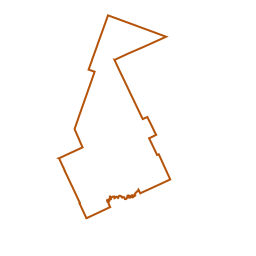 Libertad, Chaco, Argentina (orthographic projection), rotated 110°
{"feature_id": "61730980B99039131308999", "entity_name": "Libertad", "entity_type": "district", "adm_level": 2, "iso_a3": "ARG", "parent_name": "Argentina", "parent_adm1": "Chaco", "projection": "orthographic", "projection_center": [-59.148, -27.313], "detail": "fine", "context": "isolated", "style": "outline", "palette": "amber", "viewbox_px": 256, "rotation_deg": 110, "n_neighbors": 0, "source": "geoboundaries", "source_scale": "gbopen_adm2", "svg_char_len": 4855}
<svg xmlns="http://www.w3.org/2000/svg" viewBox="0 0 256 256"><g transform="rotate(110 128 128)"><path d="M86.6,185.0L86.6,184.9L86.6,184.7L86.6,184.3L86.6,184.0L86.6,183.8L86.6,183.3L86.6,182.6L86.6,181.4L86.6,180.2L86.5,178.8L86.5,178.6L93.9,178.5L101.2,178.4L105.7,178.4L110.1,178.3L113.0,178.3L116.0,178.3L119.0,178.2L122.1,178.2L122.7,178.2L124.0,178.2L124.9,178.2L128.6,178.1L130.8,178.1L133.9,178.1L136.8,178.0L138.4,178.0L141.3,177.9L145.9,177.9L146.6,177.9L147.3,177.8L148.1,177.1L148.9,176.3L155.3,170.2L157.5,168.2L161.7,164.1L161.9,164.3L162.4,164.7L163.2,165.6L164.1,166.4L164.1,166.5L165.3,167.6L166.3,168.7L167.5,169.8L168.6,171.0L168.9,171.2L169.8,172.2L170.9,173.3L172.0,174.4L173.1,175.5L173.6,176.0L174.2,176.7L175.5,177.9L176.1,178.5L177.2,179.6L177.8,180.2L178.4,180.8L179.6,182.0L180.0,182.5L180.0,182.4L181.2,181.3L182.4,180.1L182.5,180.0L183.5,179.0L184.6,177.9L185.8,176.7L187.0,175.5L187.0,175.4L187.6,174.8L188.0,174.5L188.2,174.3L188.8,173.7L189.4,173.1L189.5,173.2L191.7,171.0L194.0,168.6L197.5,165.1L199.2,163.4L202.5,160.0L207.7,154.8L208.0,154.5L208.1,154.4L210.2,152.3L211.6,150.9L212.5,150.0L212.6,149.9L213.6,148.8L214.8,147.6L215.1,147.9L215.2,148.0L215.4,147.9L216.1,147.1L216.5,146.7L217.6,145.6L217.8,145.4L218.5,144.7L218.8,144.4L219.0,144.2L219.9,143.3L220.0,143.2L220.5,142.7L222.3,140.9L222.5,140.7L222.8,140.4L223.3,139.9L223.5,139.7L224.1,139.1L224.6,138.6L224.9,138.3L225.2,138.0L225.9,137.3L226.2,137.0L226.5,136.7L226.8,136.4L227.0,136.3L227.0,136.2L226.9,136.0L226.8,135.9L226.7,135.9L226.6,135.7L226.3,135.4L226.0,135.2L219.0,128.2L217.8,127.0L208.4,117.7L206.4,119.8L205.9,120.0L205.7,120.1L205.3,120.3L205.1,120.6L204.9,120.9L204.8,121.2L204.8,121.6L204.6,121.7L204.4,121.8L204.0,122.0L203.9,122.1L203.9,122.4L203.7,122.6L203.5,122.8L203.2,122.9L202.9,122.9L203.0,122.6L203.1,121.8L203.1,121.6L203.1,121.3L203.2,121.0L203.1,120.7L202.9,120.6L202.7,120.9L202.5,121.2L202.2,121.4L202.1,121.6L201.8,121.7L201.6,121.6L201.3,121.3L201.2,121.2L201.0,120.9L200.9,120.7L201.1,120.3L201.0,120.0L200.8,119.8L200.6,120.0L200.3,119.9L200.0,120.0L200.0,120.3L199.9,120.6L199.9,120.8L199.7,121.1L199.4,121.4L199.1,121.4L198.8,121.5L198.6,121.6L198.4,121.4L198.5,121.1L198.5,120.9L198.7,120.6L198.7,120.4L198.9,120.2L199.0,120.0L199.0,119.7L198.7,119.4L198.2,119.1L197.7,118.8L197.5,118.6L197.4,118.2L197.1,117.5L197.3,117.3L197.8,117.2L198.4,116.8L198.6,116.7L198.2,116.3L197.9,116.1L197.4,116.1L197.1,116.2L196.9,116.0L196.6,115.6L196.6,115.1L196.6,114.7L196.7,114.4L196.8,114.0L197.0,113.9L197.1,113.7L197.2,113.4L196.8,113.2L196.4,113.3L196.1,113.4L195.5,113.4L195.2,113.4L194.8,113.1L194.6,112.9L194.5,112.4L194.4,111.7L194.4,111.1L194.5,110.8L194.7,110.5L195.0,110.5L195.2,110.2L195.4,109.7L195.2,109.6L195.0,109.4L194.7,109.1L194.6,108.6L194.4,108.4L194.4,107.8L194.6,107.6L194.9,107.5L195.1,107.4L195.5,107.0L195.8,106.7L195.7,106.4L195.7,106.0L195.6,105.7L195.3,105.4L195.1,105.3L194.6,105.1L194.3,105.2L193.9,105.1L193.6,105.1L193.4,105.0L193.2,104.9L192.9,104.9L192.7,105.2L192.4,105.2L192.2,105.3L191.9,105.2L191.6,105.2L191.3,104.6L191.2,104.3L191.4,104.2L191.6,104.1L192.1,103.8L192.3,103.8L192.8,103.6L193.1,103.2L193.0,102.9L192.9,102.6L192.8,102.3L192.6,102.1L192.4,102.0L192.0,102.5L191.7,102.7L191.5,102.8L191.3,102.7L191.2,102.5L190.9,102.4L190.7,101.9L190.7,101.6L190.9,101.4L191.1,101.1L191.2,100.9L191.4,101.0L191.6,100.8L191.6,100.6L191.6,100.4L191.7,100.2L191.6,99.9L191.2,99.6L190.9,99.4L191.0,99.7L191.0,100.0L190.8,100.2L190.7,100.4L190.3,100.2L190.3,100.5L190.2,100.8L190.2,101.0L190.2,101.5L189.9,101.3L189.8,101.1L189.7,100.9L189.7,100.6L189.6,100.4L189.5,100.1L189.6,99.9L189.7,99.7L189.7,99.3L189.0,98.6L188.9,98.9L188.0,99.1L187.3,98.8L187.5,98.7L187.2,98.6L186.8,98.7L186.5,98.7L186.2,98.6L185.9,98.4L185.7,98.2L185.3,98.1L185.0,98.1L184.8,98.0L184.7,97.8L184.5,97.7L184.3,97.6L184.2,97.4L184.1,97.2L183.9,97.1L183.6,97.0L183.4,97.0L183.1,97.0L182.7,97.1L182.4,97.1L182.7,96.7L183.3,96.1L185.2,94.1L183.9,92.9L164.1,72.9L161.9,70.7L159.3,73.3L144.0,88.3L142.2,90.1L143.2,91.1L143.4,91.4L143.1,91.7L131.5,103.5L130.8,104.3L130.4,104.7L128.9,103.1L124.8,99.2L122.5,101.7L117.9,106.4L111.1,113.6L113.4,116.0L114.6,117.2L112.5,119.3L111.0,120.9L97.0,135.2L95.4,136.9L94.1,138.2L93.7,138.6L93.2,139.1L90.9,141.4L85.9,146.5L83.8,148.6L83.7,148.7L81.8,150.7L81.0,151.5L78.4,154.2L77.5,155.1L77.2,155.4L73.5,159.1L72.0,160.6L68.7,163.9L68.6,164.0L68.6,163.9L65.4,160.7L63.1,158.4L58.5,153.8L57.6,152.9L57.4,152.6L55.8,151.0L45.9,140.5L29.2,123.4L29.0,184.7L29.0,185.3L48.8,185.2L55.9,185.2L56.1,185.2L63.0,185.1L70.6,185.1L72.1,185.1L75.4,185.1L77.3,185.0L78.3,185.0L79.3,185.0L80.1,185.0L81.0,185.0L81.9,185.0L82.4,185.0L82.9,185.0L83.5,185.0L84.0,185.0L84.7,185.0L85.3,185.0L85.6,185.0L85.9,185.0L86.3,185.0L86.6,185.0L86.6,185.0Z" fill="none" stroke="#b45309" stroke-width="2"/></g></svg>